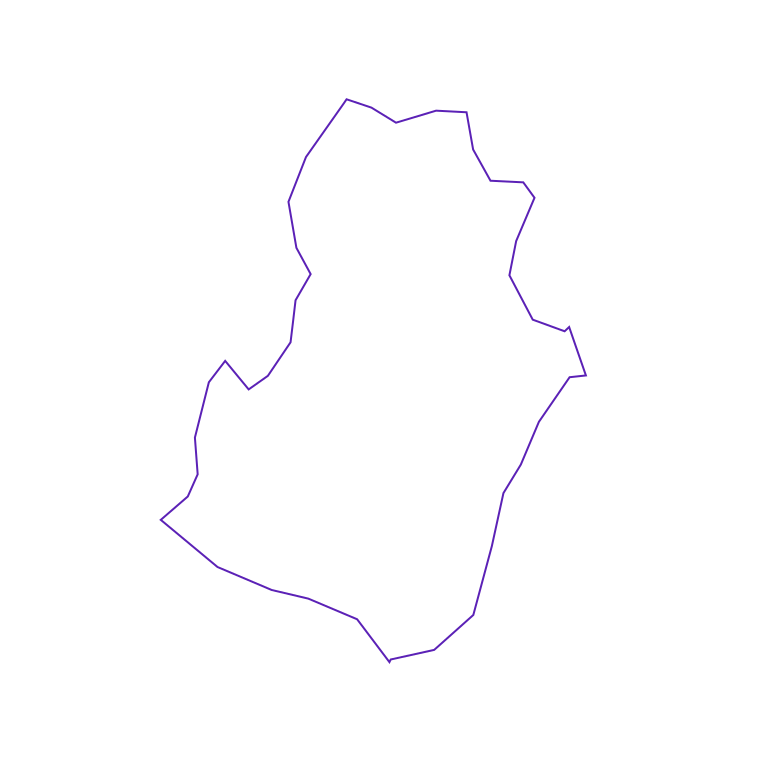 outline of Aileu, rotated 134°
{"feature_id": "TLS-544", "entity_name": "Aileu", "entity_type": "District", "adm_level": 1, "iso_a3": "TLS", "parent_name": "East Timor", "parent_adm1": "", "projection": "robinson", "projection_center": [125.606, -8.71], "detail": "fine", "context": "isolated", "style": "outline", "palette": "violet", "viewbox_px": 768, "rotation_deg": 134, "n_neighbors": 0, "source": "natural_earth", "source_scale": "10m", "svg_char_len": 718}
<svg xmlns="http://www.w3.org/2000/svg" viewBox="0 0 768 768"><g transform="rotate(134 384 384)"><path d="M488.1,159.3L540.4,163.2L577.5,187.8L580.3,186.9L571.9,239.9L591.0,289.4L610.2,321.7L631.3,376.6L636.8,450.2L601.2,447.0L578.4,455.3L553.9,482.8L504.4,511.2L477.7,514.3L481.9,477.6L458.8,473.2L418.9,480.2L402.0,493.0L385.2,505.8L355.9,513.1L346.9,541.6L319.3,579.3L274.9,597.8L211.1,607.7L205.2,608.7L193.9,585.0L187.7,556.9L151.2,536.4L131.2,513.4L153.4,482.8L163.8,448.6L142.2,423.9L145.5,405.1L189.4,388.2L218.7,369.3L234.4,321.7L220.6,290.7L214.4,290.4L223.2,273.1L237.6,244.7L250.2,255.2L303.6,246.3L346.9,229.6L379.5,222.3L425.7,193.8L488.1,159.3Z" fill="none" stroke="#5b21b6" stroke-width="2"/></g></svg>